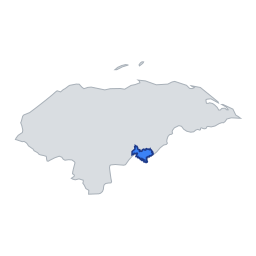 location of Trojes, El Paraíso, Honduras
{"feature_id": "27666195B23836678424083", "entity_name": "Trojes", "entity_type": "district", "adm_level": 2, "iso_a3": "HND", "parent_name": "Honduras", "parent_adm1": "El Paraíso", "projection": "albers", "projection_center": [-85.831, 14.051], "detail": "fine", "context": "in_parent", "style": "filled", "palette": "blue", "viewbox_px": 256, "rotation_deg": 0, "n_neighbors": 0, "source": "geoboundaries", "source_scale": "gbopen_adm2", "svg_char_len": 6127}
<svg xmlns="http://www.w3.org/2000/svg" viewBox="0 0 256 256"><path d="M240.6,118.3L231.3,117.8L226.9,119.0L225.0,121.6L223.4,122.8L222.0,122.6L219.2,123.6L215.0,126.0L211.2,126.9L207.8,126.4L206.8,126.9L206.5,127.7L206.0,128.4L204.7,128.8L203.2,128.6L201.5,127.8L200.6,128.2L200.5,129.7L199.6,130.1L197.8,129.4L195.9,130.0L193.7,131.8L190.7,132.2L186.7,131.2L183.7,129.2L181.5,126.3L178.9,125.6L174.4,127.8L172.5,130.3L172.1,131.9L172.6,133.2L171.7,134.2L169.6,134.6L168.0,136.4L167.0,139.3L166.7,141.6L167.4,143.2L166.4,144.4L163.6,145.1L160.3,147.7L156.6,152.0L152.9,155.0L149.1,156.7L147.4,158.7L147.5,160.7L147.3,161.4L146.5,161.6L145.3,161.9L138.2,157.4L136.1,154.2L134.3,154.7L132.1,156.3L128.9,159.9L125.5,164.7L123.8,165.2L115.3,164.5L110.8,164.9L109.9,165.6L109.5,167.3L109.7,169.7L110.9,178.3L111.6,181.8L110.9,182.9L108.6,183.0L105.6,183.5L104.0,185.1L103.6,186.8L103.4,189.1L102.5,191.5L100.6,193.2L98.8,193.8L88.6,194.2L88.8,190.3L85.9,188.6L84.3,185.3L82.8,183.1L83.3,181.8L83.2,180.2L79.0,178.9L75.2,179.8L72.9,179.2L71.3,178.3L74.1,176.4L74.4,175.2L73.5,174.3L72.5,173.8L72.8,171.6L73.4,168.9L75.0,162.8L74.5,161.8L71.9,159.9L68.6,159.7L65.0,160.2L63.3,159.3L61.8,157.2L59.2,156.2L54.7,157.8L49.8,160.3L48.3,161.2L47.1,161.0L46.6,159.1L46.4,156.9L46.1,156.3L43.5,155.5L40.5,154.9L39.0,154.3L37.6,152.7L34.0,150.7L33.2,149.2L28.4,145.8L27.5,144.2L26.4,142.9L24.1,141.4L22.3,141.7L16.3,139.7L15.4,139.5L16.2,137.9L18.2,135.3L22.4,132.5L22.8,130.1L21.8,125.6L20.7,122.7L21.3,121.4L22.7,116.2L23.7,115.0L29.8,112.5L30.3,112.1L35.1,108.5L40.4,104.4L46.0,100.0L52.1,95.0L55.5,92.0L57.1,90.8L60.6,91.9L63.4,89.5L65.0,88.7L68.7,85.9L69.9,85.3L76.2,84.1L79.2,84.2L81.8,87.1L83.9,88.7L87.9,87.4L91.2,87.1L104.8,89.9L110.3,88.7L120.2,88.5L124.7,89.2L131.1,85.4L135.1,84.6L139.9,82.8L139.3,81.0L138.1,80.1L145.4,80.9L156.3,84.8L167.8,84.1L172.0,82.0L174.7,81.4L186.5,85.3L189.6,88.4L192.1,88.6L194.0,87.9L194.5,87.3L192.1,86.6L191.1,85.7L200.4,87.5L218.1,101.9L218.5,103.0L210.9,98.8L207.0,99.2L205.9,99.9L206.2,102.2L206.5,103.3L208.2,103.4L209.5,102.8L212.6,103.5L214.7,105.0L217.2,107.4L218.7,110.0L220.3,110.0L221.9,108.4L224.9,108.2L226.8,109.9L228.2,109.8L226.3,107.1L221.7,104.5L222.8,104.4L232.9,109.1L235.8,115.1L238.2,116.5L240.6,118.3ZM122.5,66.8L116.7,69.7L114.9,69.7L117.6,67.4L121.8,65.5L125.5,64.6L128.4,65.0L122.5,66.8ZM142.3,63.7L139.5,65.9L139.0,64.9L140.4,62.9L142.0,61.8L143.6,61.9L143.2,62.8L142.3,63.7Z" fill="#d9dde1" stroke="#a8b0b8" stroke-width="1"/><path d="M132.0,154.8L132.2,154.7L132.3,154.7L132.5,154.6L132.7,154.4L132.7,154.2L132.9,154.3L133.0,154.5L133.3,154.4L133.5,154.2L133.7,153.9L133.7,154.0L133.9,153.9L134.0,153.8L134.3,153.7L134.6,153.7L134.8,153.7L136.0,153.5L136.0,153.4L136.1,153.2L136.8,153.2L137.1,153.1L137.4,153.5L137.1,153.9L137.2,154.0L136.0,156.3L136.3,156.4L136.4,156.2L136.5,156.2L136.7,156.3L136.8,156.5L137.0,156.5L136.9,156.6L137.0,156.6L137.5,157.0L137.7,157.3L137.7,157.5L138.0,157.4L138.3,157.3L138.4,157.5L138.5,157.6L138.8,157.6L138.7,157.7L138.8,157.9L139.0,158.0L139.1,157.9L139.2,158.0L139.2,157.9L139.4,158.1L139.5,158.2L139.9,158.3L139.9,158.5L140.3,158.6L140.5,158.6L140.7,158.8L140.6,159.3L140.6,159.5L140.8,159.5L141.1,159.6L141.3,159.8L141.3,159.7L141.5,159.7L141.4,159.6L141.5,159.6L141.6,159.4L141.5,159.2L141.8,158.9L141.9,158.7L142.0,158.9L142.3,159.0L142.5,159.0L142.8,159.1L143.0,159.1L143.2,159.3L143.5,159.5L143.4,159.5L143.5,159.7L143.5,159.8L143.4,159.8L143.5,159.9L143.5,160.0L143.4,160.0L143.5,160.1L143.4,160.2L143.4,160.3L143.5,160.3L143.4,160.4L143.3,160.5L143.5,160.5L143.6,160.8L143.9,161.0L143.9,161.4L143.9,161.5L144.1,161.4L144.1,161.5L144.1,161.8L144.3,161.8L144.5,161.9L144.7,162.0L144.9,162.1L145.0,162.0L145.4,162.1L145.4,161.9L145.9,161.8L146.1,161.8L146.3,162.0L146.4,161.9L146.5,161.9L146.5,162.1L146.5,162.3L146.8,162.1L147.1,162.1L147.1,161.9L147.0,161.6L147.3,161.4L147.2,161.2L146.7,160.7L146.2,160.5L146.2,160.4L146.2,160.2L146.3,160.0L146.4,159.8L146.4,159.7L146.5,159.2L146.6,158.8L146.6,158.4L146.4,158.0L146.4,157.9L146.6,157.8L146.6,157.7L146.6,157.3L147.0,157.2L147.2,157.3L147.3,157.2L147.5,157.1L147.6,156.8L147.9,156.7L148.2,156.4L148.3,156.4L148.9,156.5L149.1,156.9L149.3,156.9L149.5,156.7L149.7,156.4L149.6,156.2L149.8,156.0L149.7,155.8L149.7,155.7L149.8,155.7L150.0,155.7L150.3,155.7L150.5,155.7L150.9,155.7L151.0,155.7L151.2,155.8L151.3,155.7L151.2,155.5L151.2,155.4L151.3,155.3L151.5,155.4L151.8,155.2L152.0,155.1L152.1,154.9L152.5,154.4L152.6,154.6L152.8,154.5L152.9,154.2L153.0,154.1L152.9,153.9L153.1,153.7L153.0,153.2L152.9,153.0L152.7,153.1L152.4,153.0L152.3,152.8L152.1,152.7L151.9,152.7L151.7,152.4L151.8,152.2L151.8,151.8L151.8,151.6L151.9,151.4L152.0,151.4L151.9,151.3L152.0,151.2L151.9,151.1L151.7,150.9L151.7,150.6L151.5,150.3L151.4,150.1L151.2,150.0L151.1,149.9L150.9,149.9L150.7,149.7L150.3,149.1L150.2,148.9L150.1,149.1L149.9,149.2L149.9,149.3L150.0,149.5L149.8,149.6L149.7,149.7L149.4,149.5L149.2,149.5L149.0,149.2L148.7,149.3L148.4,149.2L148.3,149.3L148.2,149.3L148.0,149.0L147.9,149.0L147.7,149.0L147.3,149.1L147.2,149.1L146.9,149.1L146.7,149.0L146.5,148.9L146.5,148.7L146.4,148.6L146.1,148.7L146.0,148.8L145.9,149.2L145.9,149.3L145.8,149.5L145.6,149.8L145.6,150.0L145.3,150.0L145.2,150.1L144.6,150.0L144.4,149.9L144.3,149.7L144.0,149.4L144.0,149.2L143.9,149.1L143.6,149.2L143.3,149.3L143.1,149.4L143.1,149.5L142.9,149.7L142.8,149.8L142.6,149.8L142.4,149.9L142.2,150.0L142.1,150.4L142.2,150.6L142.1,150.9L142.0,151.0L141.9,151.1L141.7,151.3L141.4,151.3L141.0,151.4L140.8,151.3L140.6,151.1L140.5,150.9L140.4,150.9L140.1,151.0L139.9,151.3L139.7,151.4L139.5,151.5L139.4,151.4L139.4,151.2L139.5,150.9L139.4,150.7L139.5,150.6L139.6,150.4L139.7,150.2L139.7,149.9L139.7,149.7L139.4,149.7L138.9,149.6L138.6,149.5L138.4,149.4L138.2,149.4L137.8,149.1L137.6,147.6L137.1,146.8L137.1,146.6L136.9,146.3L136.8,146.2L136.7,146.2L136.3,146.2L136.2,146.2L135.9,146.1L135.7,146.1L135.6,145.9L135.5,146.0L135.4,145.9L135.4,146.0L135.3,145.9L135.3,146.0L135.1,146.1L135.0,146.3L135.0,146.5L135.1,146.8L134.7,146.8L135.0,149.0L132.1,151.5L132.0,154.8Z" fill="#3b82f6" stroke="#1e3a8a" stroke-width="1.5"/></svg>